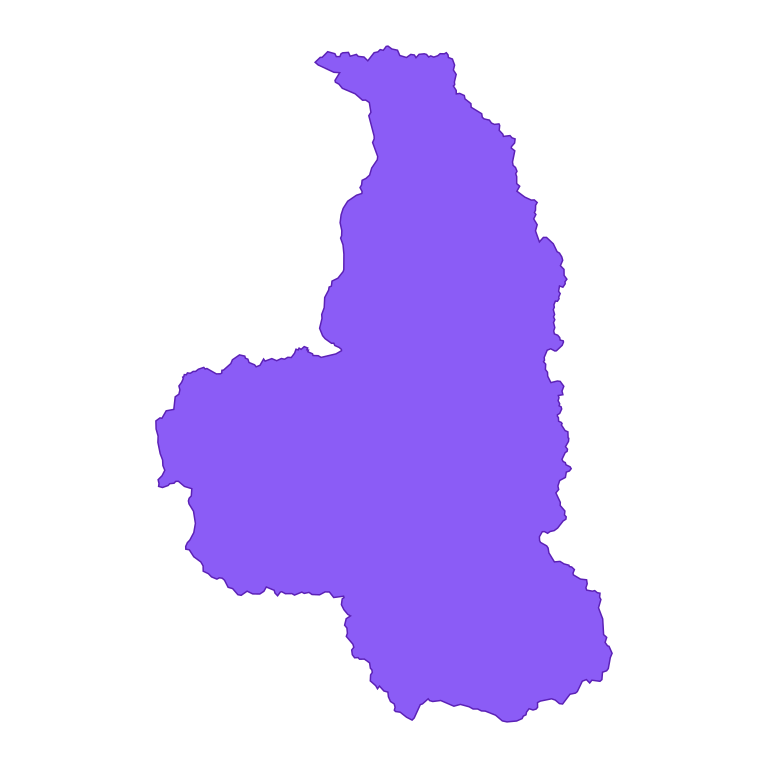 Pai, Mae Hong Son, Thailand (Robinson projection)
{"feature_id": "78962969B97978229640938", "entity_name": "Pai", "entity_type": "district", "adm_level": 2, "iso_a3": "THA", "parent_name": "Thailand", "parent_adm1": "Mae Hong Son", "projection": "robinson", "projection_center": [98.443, 19.365], "detail": "fine", "context": "isolated", "style": "filled", "palette": "violet", "viewbox_px": 768, "rotation_deg": 0, "n_neighbors": 0, "source": "geoboundaries", "source_scale": "gbopen_adm2", "svg_char_len": 6072}
<svg xmlns="http://www.w3.org/2000/svg" viewBox="0 0 768 768"><path d="M554.8,327.6L553.5,322.5L554.8,319.7L553.5,316.9L554.6,314.5L553.3,309.6L554.3,307.3L553.9,304.8L555.4,301.1L557.4,301.3L559.1,298.7L558.7,297.1L560.2,293.6L558.6,291.3L559.5,286.0L562.9,287.2L565.2,283.8L565.0,281.7L566.9,279.2L564.1,275.4L564.0,269.4L560.4,265.7L562.7,260.3L561.8,256.9L559.5,253.1L557.1,251.7L553.3,243.8L546.5,237.4L543.4,237.4L539.4,241.9L535.5,230.9L537.2,224.7L533.7,218.9L535.9,214.5L534.4,212.5L535.5,210.3L535.6,205.3L537.2,202.5L534.3,199.9L531.3,200.1L524.8,197.1L516.9,191.2L519.7,186.2L516.7,183.6L516.7,176.6L515.7,173.7L517.0,171.3L515.5,167.5L513.1,165.4L512.5,162.0L514.8,150.8L511.3,148.1L511.5,146.6L514.6,143.0L515.1,138.9L512.1,137.9L510.0,135.6L503.4,136.4L502.9,134.3L499.2,130.3L499.7,125.5L499.0,123.9L494.4,124.4L491.4,123.0L489.4,120.1L484.1,118.9L482.3,117.3L481.7,113.7L471.2,107.3L470.9,103.6L465.0,98.9L464.3,95.5L459.7,93.4L456.3,93.9L456.2,90.4L453.4,86.0L454.7,84.7L454.4,82.0L456.2,74.4L453.4,70.0L454.6,65.1L452.4,59.0L448.4,57.5L448.0,54.8L446.3,52.7L444.3,53.8L440.1,53.7L437.8,55.7L433.8,57.1L430.7,55.9L428.7,57.0L426.5,54.4L424.3,53.8L419.1,54.3L416.0,57.7L414.4,55.0L410.8,54.4L406.5,57.5L399.8,55.5L397.5,50.2L391.9,49.0L388.0,46.1L386.2,46.4L383.3,50.3L380.2,49.6L377.9,51.9L374.1,52.7L367.8,60.8L364.0,57.0L358.3,56.4L356.4,54.4L350.2,56.2L348.4,52.4L342.7,52.8L341.0,53.8L339.9,56.6L336.3,56.6L334.9,53.7L327.7,51.7L322.2,57.3L320.2,57.4L315.1,62.3L318.2,65.0L333.9,72.3L339.7,72.7L335.0,80.4L335.4,82.2L339.0,84.2L342.3,88.3L355.2,93.8L362.5,100.2L365.7,100.1L369.3,102.5L370.9,112.3L368.8,115.7L374.1,136.0L374.2,138.8L372.6,142.5L377.7,156.5L377.3,159.7L371.7,168.0L369.6,175.1L366.0,178.4L362.1,180.3L361.6,184.9L360.0,187.6L362.1,191.5L361.8,193.5L356.5,195.2L347.7,201.2L343.2,208.3L341.1,214.8L340.1,222.7L341.8,230.6L341.6,235.8L340.6,238.1L343.0,244.8L343.9,254.2L343.8,269.4L343.2,271.5L337.9,278.2L332.0,281.1L331.4,286.1L329.1,287.1L328.6,290.1L324.7,297.5L324.2,307.7L321.7,314.5L322.0,318.4L319.6,328.3L322.6,335.7L325.1,338.7L331.5,343.3L333.8,343.2L334.8,345.5L339.2,347.5L341.4,349.4L341.5,350.7L335.9,353.9L321.1,357.4L318.2,355.7L313.1,355.5L312.5,353.8L307.8,351.7L308.5,350.1L306.9,349.8L307.7,348.0L304.2,346.6L301.1,349.4L299.1,348.1L298.2,349.9L296.0,349.2L294.6,353.1L291.3,357.5L287.8,357.3L284.5,359.2L281.4,358.5L276.7,360.7L271.8,358.6L265.1,361.1L263.6,359.0L260.0,365.3L256.1,366.8L254.6,364.8L249.0,362.5L247.9,359.2L245.4,358.2L244.8,356.1L239.5,354.9L232.4,359.8L230.8,363.6L223.5,370.1L221.9,370.3L221.7,373.1L220.4,373.8L216.4,373.9L206.9,368.5L205.1,369.0L203.8,367.4L198.4,369.2L195.6,371.4L193.2,371.4L190.3,373.3L187.4,372.9L186.4,374.7L184.3,374.6L183.7,376.8L182.7,377.1L183.2,378.7L181.6,382.3L178.9,386.0L179.9,389.9L178.9,394.2L175.2,396.8L173.8,409.4L166.2,410.8L161.9,418.3L160.0,417.9L155.9,420.9L156.1,429.0L158.1,436.1L157.9,442.4L160.2,453.7L162.6,460.0L162.9,465.6L164.8,470.3L162.0,475.8L158.1,479.7L159.0,483.6L158.6,486.4L162.5,487.5L168.1,485.5L169.7,483.7L174.1,483.2L175.7,481.4L178.4,481.3L184.4,486.4L191.8,488.7L191.3,495.9L189.1,498.3L188.4,500.9L189.0,503.9L193.5,511.2L195.4,523.4L193.8,532.6L189.8,540.1L187.4,542.6L185.7,546.4L185.8,549.2L189.3,549.8L193.8,556.8L200.8,561.9L203.1,565.9L203.2,571.2L208.4,573.7L211.5,576.9L216.9,579.1L219.4,577.8L222.2,578.2L224.5,580.2L228.1,587.3L232.6,588.6L237.9,594.7L241.2,595.3L247.1,591.2L252.7,593.9L259.8,594.0L263.9,591.3L266.3,587.0L274.2,590.3L275.0,593.1L277.6,595.8L280.3,592.1L281.7,591.7L285.4,593.7L291.9,593.6L294.5,595.1L301.8,592.1L304.2,593.4L309.0,592.4L312.0,594.5L319.6,594.8L325.1,591.9L329.4,592.0L333.7,597.5L343.6,596.2L344.0,597.6L342.2,598.9L341.4,604.7L343.9,609.7L347.8,614.4L350.5,615.9L346.2,618.7L344.6,625.2L346.9,628.0L347.4,633.3L346.3,636.4L352.9,644.2L353.8,647.3L351.7,650.0L352.3,654.7L354.6,657.8L358.1,657.6L359.5,659.2L364.4,659.1L369.6,662.9L370.4,668.3L371.8,669.7L372.3,672.4L370.6,674.9L370.3,680.9L375.7,685.7L377.5,688.8L379.5,686.1L383.9,691.0L387.9,692.1L388.4,696.8L390.5,701.5L394.2,703.9L395.1,707.3L394.3,710.2L395.5,711.5L400.2,712.2L406.5,717.2L412.1,720.1L414.2,718.0L420.3,704.6L422.5,703.9L428.2,698.8L429.6,700.6L432.7,701.5L440.7,700.5L453.9,706.2L460.4,704.4L469.2,706.8L473.1,709.0L477.7,709.0L481.4,710.9L485.3,711.1L495.6,715.2L502.3,720.9L507.0,721.9L516.7,721.0L522.1,718.6L523.3,716.1L526.0,714.8L526.5,712.1L529.1,708.7L533.0,710.0L536.1,709.1L537.6,707.3L537.5,702.6L540.3,701.1L551.6,698.8L555.3,700.1L559.4,703.6L562.6,704.0L570.0,694.2L575.5,693.1L577.3,691.6L582.3,681.2L586.4,679.6L589.7,683.0L591.9,680.2L600.0,681.3L601.9,679.6L602.5,672.2L606.6,670.8L608.3,668.6L610.3,657.6L612.1,653.3L609.0,646.3L607.5,645.8L605.1,642.4L606.7,637.4L603.6,634.6L602.7,618.9L598.5,607.8L600.9,599.5L599.6,597.2L600.0,593.2L597.3,592.7L594.7,590.6L592.5,591.2L586.7,590.1L585.9,587.8L587.2,583.8L586.6,579.8L580.5,579.1L573.4,574.9L573.0,573.1L574.4,569.6L571.7,567.0L569.4,566.5L568.9,565.2L564.0,563.9L560.0,561.4L554.4,561.9L548.9,552.9L548.1,548.0L546.7,545.9L540.5,542.4L539.6,540.6L539.4,536.8L542.3,531.7L544.5,531.6L547.6,533.3L550.1,531.5L554.2,530.6L557.6,528.1L563.1,521.0L565.9,519.2L566.2,516.8L564.5,515.0L564.9,511.0L560.2,505.5L560.3,502.3L555.9,492.9L558.7,489.5L557.9,486.0L559.7,480.5L565.4,477.4L566.3,472.1L569.4,471.0L571.2,468.7L570.1,466.8L566.0,464.8L565.3,462.6L563.1,461.5L562.0,459.3L565.2,452.6L567.1,451.4L567.5,449.2L565.5,446.7L568.5,441.4L568.8,438.3L568.1,437.8L567.9,431.8L565.1,430.6L561.4,425.0L562.1,423.7L561.4,422.5L558.6,421.2L558.4,417.5L557.4,416.3L557.4,414.8L559.7,413.4L561.7,409.0L561.1,406.8L559.1,405.8L559.7,403.8L558.1,400.7L559.0,397.8L558.3,395.5L562.9,394.7L562.0,391.0L563.8,386.3L560.2,381.4L557.4,381.0L550.9,382.6L547.7,376.2L547.5,372.2L545.4,369.5L545.7,364.2L543.5,361.7L544.5,360.3L544.2,357.4L547.2,350.2L550.7,348.8L554.9,351.0L556.4,350.8L562.2,345.3L563.5,342.0L563.2,340.8L560.2,340.1L559.7,337.6L557.7,335.2L554.4,333.9L553.7,330.9L554.8,327.6Z" fill="#8b5cf6" stroke="#5b21b6" stroke-width="1.5"/></svg>